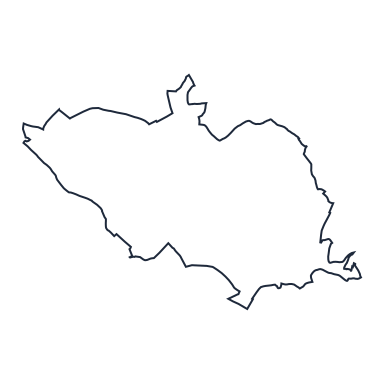 Madaras, Mures, Romania
{"feature_id": "2599482B13293210118033", "entity_name": "Madaras", "entity_type": "district", "adm_level": 2, "iso_a3": "ROU", "parent_name": "Romania", "parent_adm1": "Mures", "projection": "mercator", "projection_center": [24.418, 46.612], "detail": "fine", "context": "isolated", "style": "outline", "palette": "slate", "viewbox_px": 384, "rotation_deg": 0, "n_neighbors": 0, "source": "geoboundaries", "source_scale": "gbopen_adm2", "svg_char_len": 6009}
<svg xmlns="http://www.w3.org/2000/svg" viewBox="0 0 384 384"><path d="M299.0,138.4L298.1,137.2L297.6,136.8L296.3,136.0L294.2,134.3L292.2,133.2L289.7,131.4L288.6,130.9L287.4,129.8L286.8,128.9L286.3,128.7L285.9,128.3L284.5,127.2L282.3,126.3L279.0,125.4L277.7,125.0L276.7,124.4L275.3,123.0L274.6,122.4L272.9,121.2L272.1,120.3L271.3,119.7L270.8,119.4L270.5,119.4L270.1,119.5L269.0,120.1L266.9,120.8L266.3,121.1L265.7,121.5L264.6,121.9L264.1,122.2L263.7,122.7L263.4,122.9L260.3,123.9L259.5,124.0L258.7,124.0L258.1,123.9L255.9,124.1L254.7,123.7L253.3,123.2L252.2,122.6L250.5,121.4L249.3,120.9L248.1,120.9L246.0,121.5L242.7,123.4L240.1,125.2L238.0,126.1L237.3,126.6L234.7,128.6L232.8,130.7L230.8,132.9L228.0,135.7L225.6,137.6L223.7,138.6L222.8,138.9L220.1,140.5L219.5,140.6L218.2,139.9L217.0,139.1L213.6,136.0L212.7,135.3L211.8,134.5L209.9,132.2L208.6,130.5L207.5,128.6L206.4,126.9L206.0,126.4L205.0,125.5L204.6,125.2L204.0,125.0L203.0,124.8L199.3,124.4L199.5,121.2L199.2,119.0L198.6,117.1L201.3,115.9L202.2,115.3L202.6,114.4L204.3,112.4L204.7,111.3L205.4,108.2L205.6,106.0L205.8,104.6L206.3,103.1L201.7,103.4L200.3,103.8L196.9,104.0L194.3,103.8L192.6,104.1L192.4,104.0L191.9,104.1L189.5,104.4L189.1,104.4L188.6,104.0L187.9,102.7L187.5,100.2L187.5,99.2L187.5,96.9L187.5,94.9L187.8,93.4L187.8,93.1L188.0,92.3L188.2,91.9L189.2,90.6L191.3,87.6L192.2,86.6L192.8,86.2L194.5,85.6L194.1,85.0L193.2,82.9L193.0,82.0L192.5,81.2L188.9,75.0L187.9,75.8L187.0,76.3L186.4,76.7L186.1,77.2L185.9,78.1L185.8,78.7L185.1,79.9L184.9,80.6L182.8,83.2L182.3,84.4L181.4,85.8L180.9,87.0L179.2,88.6L176.7,90.3L176.0,91.4L167.6,90.9L167.4,93.6L167.7,95.4L170.5,107.4L172.5,113.2L166.8,116.6L156.9,121.9L156.1,120.8L149.1,124.3L148.2,123.2L145.2,120.9L143.4,120.0L140.8,118.9L137.5,117.8L134.6,117.1L126.0,114.2L117.4,112.6L110.6,111.0L108.7,110.8L103.2,109.7L98.5,108.0L92.5,108.2L89.9,108.8L83.4,111.6L70.2,118.2L69.9,118.5L62.4,112.5L60.2,110.8L59.3,110.2L59.1,109.4L52.6,115.7L46.5,122.4L45.5,124.2L44.3,125.9L43.3,128.2L43.2,129.5L38.2,127.2L32.9,126.5L31.1,126.1L27.0,124.9L23.7,123.5L23.1,127.5L23.0,129.1L25.1,135.4L25.6,137.0L25.6,137.4L28.1,138.1L30.0,139.6L28.6,140.8L26.8,141.4L25.4,140.8L24.4,141.4L23.5,142.9L27.7,146.4L31.0,149.9L36.2,154.6L37.1,155.6L38.1,157.0L39.0,157.9L44.1,163.1L45.7,164.2L46.9,165.1L49.6,167.6L50.6,168.8L52.2,171.4L55.1,174.7L55.6,175.4L55.9,176.1L56.2,177.4L56.6,178.5L57.2,179.8L57.5,180.2L61.0,184.8L63.6,188.0L64.3,188.7L66.6,190.6L68.8,192.3L69.3,192.4L70.8,192.5L73.3,193.3L76.2,194.4L79.5,195.9L84.9,197.7L87.4,198.6L88.5,199.1L90.6,200.2L91.5,200.5L91.9,200.8L92.0,201.1L93.1,202.0L97.1,204.8L100.6,208.1L101.3,209.1L102.0,210.3L102.1,210.6L102.0,211.2L102.3,211.8L104.6,217.2L105.7,218.7L105.9,219.1L105.9,219.6L105.9,221.0L105.8,222.8L105.8,224.6L105.9,226.7L106.1,227.9L107.1,229.6L108.2,230.5L108.8,230.7L111.0,232.7L114.2,236.1L116.5,234.1L124.8,241.7L130.9,246.9L130.4,248.1L129.8,249.0L129.5,249.2L132.2,256.0L129.8,257.2L130.1,257.5L131.5,257.1L133.5,256.7L134.3,256.9L134.8,256.8L135.3,256.4L140.1,257.1L143.1,259.3L144.6,260.1L145.6,260.2L147.3,259.9L150.5,258.6L151.9,258.3L153.9,258.1L159.4,252.8L168.3,243.2L172.5,247.8L173.7,248.4L174.2,249.0L174.6,249.7L175.7,251.2L177.4,253.0L179.7,255.4L180.6,256.7L181.4,258.3L183.2,261.7L185.9,266.8L191.9,265.2L206.7,265.9L212.6,266.9L213.7,267.5L217.5,270.0L221.7,273.1L225.5,276.6L228.8,280.1L232.2,284.5L234.1,287.6L235.2,288.6L237.5,290.2L239.6,291.4L238.4,294.2L237.8,294.3L228.3,298.8L233.0,301.4L238.5,303.9L247.2,309.0L252.9,299.2L252.1,298.8L256.7,292.1L259.0,289.0L260.9,287.1L263.5,286.3L265.7,285.9L268.6,285.6L271.2,285.3L273.5,284.8L274.0,284.8L274.6,284.7L275.1,284.7L276.1,285.7L276.5,285.8L277.1,286.3L277.2,286.6L277.4,286.9L277.4,287.4L277.8,287.9L278.2,288.2L278.8,288.2L279.7,288.0L280.5,287.5L280.8,286.6L281.3,284.9L281.4,283.5L283.9,284.2L285.6,284.5L287.2,284.4L288.6,284.1L289.9,284.0L291.7,284.0L293.1,284.3L294.2,284.6L297.2,286.7L298.5,287.4L299.8,288.5L303.2,286.5L304.2,285.3L305.0,284.2L305.8,283.6L307.2,283.0L308.9,282.5L312.4,281.9L311.1,277.9L311.0,277.0L310.9,275.8L311.2,274.9L312.3,273.2L313.5,271.8L314.6,270.8L316.3,270.0L316.9,270.0L317.5,269.8L319.3,269.2L320.6,269.1L321.3,269.3L322.6,269.7L324.1,270.5L325.8,271.4L327.9,272.5L329.0,272.9L331.3,273.2L333.0,273.8L334.2,274.2L337.2,274.8L338.1,275.0L339.3,275.5L340.1,276.0L344.8,279.8L346.1,280.6L347.0,280.9L347.4,280.7L347.8,280.2L348.0,279.5L348.4,278.9L348.8,278.6L351.0,278.7L353.1,278.3L353.7,278.3L354.4,278.4L355.3,278.7L357.7,278.9L359.2,278.4L361.0,277.4L360.3,276.1L359.8,273.8L358.2,270.4L356.0,267.0L355.0,265.6L355.2,263.9L353.9,263.2L352.9,267.0L352.2,266.5L351.6,269.4L351.3,270.6L351.0,270.8L350.7,270.5L350.5,269.9L349.6,269.4L347.9,269.0L347.2,268.9L346.9,269.2L346.3,269.2L346.0,268.9L344.2,268.9L344.1,268.5L344.2,267.5L345.6,264.6L346.8,263.0L348.1,259.8L348.7,257.6L349.9,256.0L351.5,254.6L352.3,254.5L353.8,252.5L351.8,253.0L349.8,254.1L348.0,255.5L345.8,257.9L344.2,260.3L343.1,261.5L342.1,262.0L339.4,262.2L337.2,261.9L335.4,261.8L333.4,261.9L330.4,262.8L329.5,262.6L328.7,261.4L328.3,259.6L328.2,256.5L328.6,253.8L329.3,248.4L330.9,243.9L332.2,242.9L330.1,239.9L329.4,239.3L328.9,239.1L328.2,239.0L324.7,240.1L323.5,240.1L322.5,240.3L321.1,242.6L320.3,242.4L321.1,234.8L321.7,230.6L323.6,225.9L324.7,223.5L326.7,219.8L329.3,214.9L330.2,212.9L329.3,212.4L333.2,203.2L332.2,203.1L331.3,202.9L330.4,202.6L329.3,202.0L328.3,201.0L328.4,200.5L327.3,197.7L326.5,196.6L325.4,195.5L323.2,193.6L325.1,191.5L323.9,190.6L321.6,189.3L319.5,189.0L318.9,189.2L318.7,189.1L318.0,189.3L317.7,189.0L317.3,188.1L316.9,187.1L316.4,185.0L315.8,183.0L315.5,180.6L314.7,178.2L314.2,177.4L313.1,176.2L311.9,174.3L311.2,170.5L311.3,167.7L311.3,164.3L310.9,163.5L306.7,158.1L303.8,154.2L303.9,153.5L304.5,152.3L304.8,151.4L304.9,150.0L305.3,148.7L305.7,147.6L306.6,146.5L306.4,146.2L305.6,146.3L304.5,146.1L302.5,144.6L301.7,143.9L300.8,142.5L300.1,141.3L298.9,139.8L298.4,138.6L299.0,138.4Z" fill="none" stroke="#1e293b" stroke-width="2"/></svg>